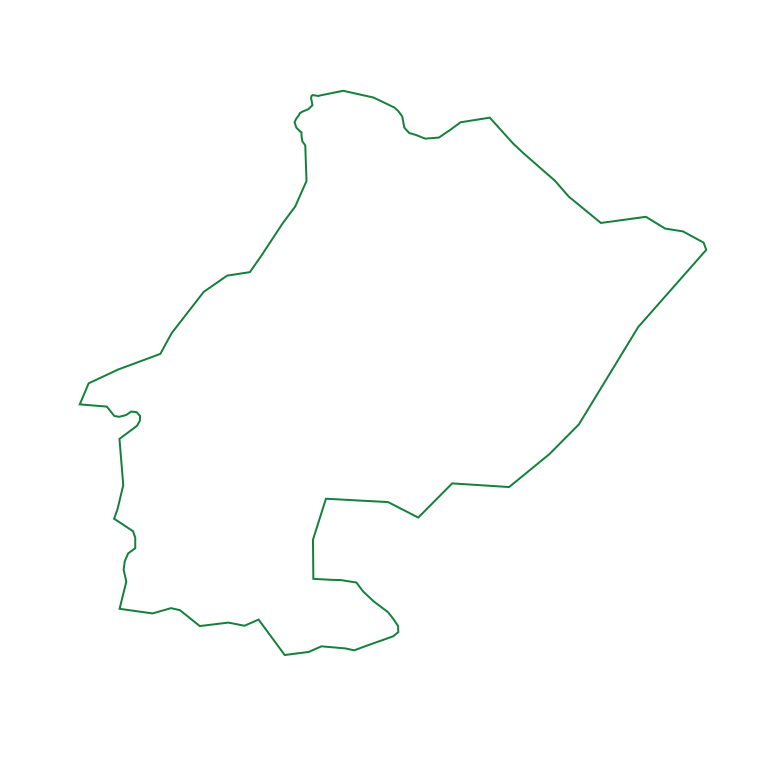 the district of Macina, Ségou, Mali, rotated 99°
{"feature_id": "8926073B71452714760112", "entity_name": "Macina", "entity_type": "district", "adm_level": 2, "iso_a3": "MLI", "parent_name": "Mali", "parent_adm1": "Ségou", "projection": "mercator", "projection_center": [-5.365, 14.021], "detail": "fine", "context": "isolated", "style": "outline", "palette": "green", "viewbox_px": 768, "rotation_deg": 99, "n_neighbors": 0, "source": "geoboundaries", "source_scale": "gbopen_adm2", "svg_char_len": 1495}
<svg xmlns="http://www.w3.org/2000/svg" viewBox="0 0 768 768"><g transform="rotate(99 384 384)"><path d="M631.7,335.4L626.8,331.1L620.9,332.2L614.6,338.0L608.7,344.4L600.2,360.4L592.2,372.1L584.4,380.2L584.4,396.1L585.6,404.9L586.2,410.7L587.5,423.3L548.9,429.8L506.4,423.4L500.0,361.5L510.6,329.3L471.5,301.1L466.2,244.3L427.4,209.7L393.4,185.2L287.9,141.8L201.1,86.7L194.4,90.4L186.5,112.6L186.5,130.7L177.9,151.5L191.0,195.0L170.1,230.7L156.5,247.0L134.7,281.7L126.5,293.8L104.4,321.2L113.5,349.3L122.3,358.0L132.0,368.3L135.2,381.6L134.5,385.1L133.1,391.0L132.1,398.5L127.6,404.0L116.8,407.9L112.0,412.8L109.3,417.1L102.7,439.2L100.8,470.3L109.2,492.8L109.8,493.8L109.8,499.6L110.7,500.6L112.9,500.8L116.1,499.6L119.9,498.3L124.6,501.9L127.8,507.3L129.7,509.5L132.1,510.2L135.5,512.1L139.4,513.3L144.5,510.7L147.5,506.7L148.3,504.9L152.3,504.2L157.1,502.6L160.6,499.1L195.6,492.3L222.7,499.5L240.9,509.1L277.1,525.5L294.5,534.0L301.5,555.9L321.1,576.4L366.8,601.6L389.2,609.6L411.3,648.9L429.5,675.8L451.7,681.3L449.7,654.2L457.8,645.3L457.8,640.4L455.1,634.0L450.8,629.4L450.5,624.0L453.7,619.9L458.6,619.4L463.9,621.4L479.6,636.7L524.7,625.7L549.2,627.6L559.3,629.5L568.7,608.8L574.8,605.6L585.1,604.0L591.3,610.2L599.6,612.3L608.2,612.1L619.5,607.6L647.4,610.0L646.8,576.7L638.7,559.3L639.3,550.2L651.9,528.1L644.0,500.4L644.6,484.0L636.3,471.0L667.2,439.7L660.4,416.4L652.9,404.8L651.2,380.9L651.7,371.7L645.2,360.2L631.7,335.4Z" fill="none" stroke="#15803d" stroke-width="2"/></g></svg>